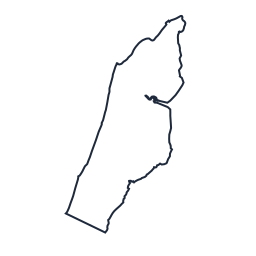 Ngerchol, Peleliu, Palau, rotated 346°
{"feature_id": "81905179B42625934985566", "entity_name": "Ngerchol", "entity_type": "district", "adm_level": 2, "iso_a3": "PLW", "parent_name": "Palau", "parent_adm1": "Peleliu", "projection": "orthographic", "projection_center": [134.258, 7.032], "detail": "fine", "context": "isolated", "style": "outline", "palette": "slate", "viewbox_px": 256, "rotation_deg": 346, "n_neighbors": 0, "source": "geoboundaries", "source_scale": "gbopen_adm2", "svg_char_len": 3467}
<svg xmlns="http://www.w3.org/2000/svg" viewBox="0 0 256 256"><g transform="rotate(346 128 128)"><path d="M80.6,223.9L81.6,223.1L82.4,222.5L83.2,221.7L83.8,220.7L83.9,219.3L84.5,217.8L86.1,216.1L86.4,214.8L86.4,213.5L86.5,212.5L87.9,211.7L90.0,209.5L90.8,208.6L92.5,206.9L94.4,205.4L96.4,204.2L101.7,201.4L102.6,200.8L103.6,200.1L104.4,199.7L105.5,199.0L105.6,197.8L106.6,195.8L107.6,195.4L107.9,194.8L108.1,193.4L109.8,192.3L110.6,191.4L111.1,190.2L111.8,189.6L112.9,188.8L114.3,187.2L113.3,186.1L113.8,184.9L114.3,184.1L115.0,183.4L116.7,181.8L116.1,180.4L116.3,179.6L117.3,179.7L118.1,180.0L119.1,181.2L120.1,180.9L120.7,182.2L121.6,181.7L123.6,181.1L125.5,180.7L128.2,180.5L129.3,179.9L132.4,179.6L134.2,178.8L134.9,177.7L136.0,177.5L140.7,175.1L142.0,174.1L143.1,173.5L143.8,172.3L144.7,172.7L145.4,173.0L146.3,172.6L147.3,171.2L148.3,171.3L149.1,171.0L150.5,170.3L151.9,171.6L154.5,171.9L156.8,171.5L157.3,171.0L159.4,167.9L161.8,165.6L162.5,163.1L163.7,161.5L165.5,159.4L164.6,158.0L165.1,155.6L165.0,154.1L164.6,152.0L165.3,148.5L166.5,144.3L168.1,141.6L169.8,138.4L170.5,134.7L172.0,126.4L172.8,123.3L173.5,120.2L171.7,117.4L162.3,110.5L159.9,109.7L159.8,109.4L159.5,108.2L160.9,108.0L160.5,107.2L160.0,104.8L159.7,104.5L159.4,104.3L158.9,104.3L158.3,104.7L157.8,105.0L157.4,105.3L157.0,105.8L156.1,105.8L155.4,105.4L154.9,104.8L154.1,103.3L153.4,102.1L152.8,101.2L152.8,100.9L153.0,100.9L153.4,100.9L153.8,101.4L154.4,102.1L154.7,102.5L155.0,103.3L155.3,104.2L155.7,104.7L156.2,104.9L157.1,104.6L157.7,104.1L158.3,103.6L158.7,103.4L159.4,103.4L160.6,103.6L161.2,103.9L162.4,105.0L162.7,105.5L162.8,106.0L162.5,106.1L162.0,105.9L161.4,105.3L161.1,105.3L161.1,105.6L161.1,105.9L161.6,106.5L162.2,106.9L162.7,108.3L163.4,108.7L163.6,108.2L165.4,109.5L172.3,113.0L175.6,111.7L182.1,107.6L186.1,104.2L191.1,99.6L192.9,97.3L192.4,92.4L190.8,90.5L191.1,90.1L191.2,89.1L191.4,84.4L191.9,83.8L193.7,82.4L194.7,81.3L195.1,80.6L195.2,79.7L194.7,75.2L194.9,73.0L197.1,70.5L197.1,65.1L197.7,63.0L197.7,61.6L197.8,60.1L197.6,59.4L197.2,57.9L197.4,57.0L198.3,52.1L199.1,49.6L200.2,48.4L200.6,47.0L201.3,46.8L202.1,47.5L203.2,47.5L204.2,47.2L205.3,46.4L205.8,45.6L206.3,44.9L207.1,43.1L208.0,42.1L208.6,41.0L209.0,40.1L208.8,38.8L208.2,37.7L207.5,37.0L207.1,36.0L207.0,35.2L207.3,34.1L207.6,33.8L207.6,33.3L207.5,32.6L207.0,32.2L206.1,32.1L201.6,33.3L200.4,33.5L199.0,33.7L197.5,33.8L196.0,33.9L195.3,34.1L193.8,34.9L193.4,33.7L192.3,34.2L191.2,34.6L190.4,35.0L190.0,35.4L190.3,36.9L188.9,38.0L188.2,38.5L184.6,41.1L181.4,43.9L179.3,45.5L177.0,46.8L175.1,48.4L174.9,48.5L174.1,49.0L172.8,49.0L172.0,48.5L170.2,46.3L169.5,46.1L168.4,45.9L167.3,45.8L166.3,45.9L163.8,46.3L162.8,46.6L160.3,47.7L158.8,48.5L157.3,49.6L155.6,50.8L153.8,52.3L152.2,53.9L149.9,56.9L148.7,57.9L146.9,58.8L145.3,59.7L143.7,61.1L141.4,62.1L139.9,62.5L139.1,63.0L137.3,64.1L135.2,64.3L133.9,63.7L133.5,62.7L132.8,62.5L132.4,63.1L132.2,63.6L131.2,64.7L130.3,66.0L127.7,70.2L126.2,72.6L125.4,74.7L120.9,82.8L119.9,84.5L119.5,85.4L118.8,88.3L118.3,89.3L117.2,91.1L114.1,98.2L110.9,105.1L109.5,107.3L108.5,109.2L105.7,114.4L103.6,116.9L103.6,117.8L102.8,119.1L98.7,124.5L94.0,131.9L87.3,141.8L84.0,147.0L82.0,149.7L79.7,153.1L78.4,153.9L77.4,154.4L76.5,155.2L73.2,159.1L72.1,160.2L70.3,161.9L69.5,162.5L68.0,162.9L67.9,163.7L66.9,165.9L62.3,173.6L58.4,180.6L56.5,183.5L54.3,186.7L51.4,191.2L48.9,194.4L47.9,195.3L47.0,195.9L72.7,217.3L80.6,223.9Z" fill="none" stroke="#1e293b" stroke-width="2"/></g></svg>